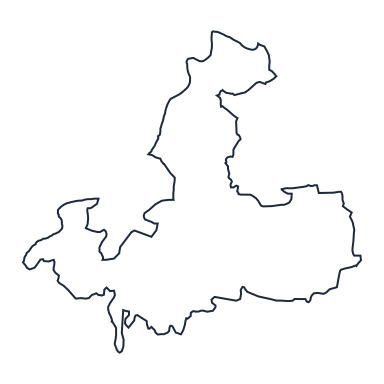 the district of El Mansora, Ad Daqahliyah, Egypt
{"feature_id": "37247803B83073428854351", "entity_name": "El Mansora", "entity_type": "district", "adm_level": 2, "iso_a3": "EGY", "parent_name": "Egypt", "parent_adm1": "Ad Daqahliyah", "projection": "orthographic", "projection_center": [31.42, 31.053], "detail": "fine", "context": "isolated", "style": "outline", "palette": "slate", "viewbox_px": 384, "rotation_deg": 0, "n_neighbors": 0, "source": "geoboundaries", "source_scale": "gbopen_adm2", "svg_char_len": 5923}
<svg xmlns="http://www.w3.org/2000/svg" viewBox="0 0 384 384"><path d="M119.6,352.6L121.8,351.3L123.4,346.4L123.6,339.6L121.8,332.9L123.2,310.1L125.9,311.0L129.0,311.5L129.0,315.0L125.4,319.0L125.0,323.5L126.7,325.8L128.5,327.6L134.2,320.5L134.7,317.3L135.6,315.5L137.3,315.1L146.6,321.0L147.0,324.6L148.3,328.6L149.2,328.7L150.5,327.8L151.4,326.9L154.9,330.5L155.4,332.3L157.6,334.5L161.6,334.1L163.8,334.2L167.3,332.8L169.1,331.1L169.5,327.9L170.0,326.1L170.9,325.7L172.2,326.2L172.6,326.6L175.7,332.5L181.0,334.3L183.2,330.3L185.0,324.5L185.4,321.3L186.3,318.2L187.6,318.7L190.7,316.0L190.8,312.9L192.5,311.5L193.4,311.1L195.6,311.6L198.3,311.6L200.9,310.7L203.6,310.7L207.1,311.7L212.8,310.8L215.5,307.3L215.5,305.5L212.0,302.7L211.5,299.6L214.6,296.9L236.2,300.7L240.2,299.0L241.1,293.6L240.7,290.0L242.5,286.9L244.2,287.3L245.1,289.1L247.3,291.8L258.3,296.4L262.3,297.3L271.1,299.2L276.4,300.6L281.3,300.6L288.3,301.1L292.7,300.7L294.5,299.0L305.5,299.1L306.9,301.7L308.6,302.2L309.5,301.3L310.4,300.0L310.8,297.7L311.7,295.5L313.9,293.3L317.5,292.9L323.6,293.8L326.3,292.5L329.0,289.8L330.3,289.0L332.5,288.5L336.9,287.2L339.2,274.7L340.0,271.1L340.9,269.8L344.9,268.5L351.1,267.2L356.0,265.4L356.4,265.9L358.6,262.8L361.0,260.3L360.4,255.6L354.2,255.6L353.3,254.2L352.5,251.1L352.5,248.4L353.4,241.2L353.9,232.7L354.3,230.0L352.6,222.0L349.9,216.6L351.7,212.5L346.9,209.3L342.9,206.2L343.8,203.5L342.5,199.9L342.5,195.4L341.6,192.7L341.0,191.8L339.0,191.8L333.3,192.7L318.8,193.0L317.0,185.4L314.5,185.2L312.5,186.0L310.8,186.0L308.2,185.1L306.6,186.2L304.3,186.7L292.3,188.3L286.2,188.2L281.6,189.2L281.7,189.6L284.3,191.8L287.9,193.7L291.7,193.7L291.4,199.1L289.2,202.6L286.5,203.9L284.3,204.8L281.2,204.8L272.0,206.1L263.1,206.4L260.9,205.5L258.3,201.0L256.1,198.3L253.0,196.1L250.4,194.7L240.3,194.6L239.4,194.2L238.6,194.2L238.1,192.4L237.2,191.5L238.1,186.5L236.8,185.6L235.4,186.1L233.7,187.4L231.0,187.4L230.6,185.6L230.6,184.2L231.9,181.6L231.1,179.8L228.9,178.0L228.4,177.1L229.3,173.5L228.0,169.0L228.0,166.3L225.4,163.1L226.3,162.3L226.3,161.4L225.8,160.0L226.3,158.7L227.6,157.3L230.7,156.5L232.5,156.9L233.4,154.7L233.4,149.8L234.3,148.0L236.0,145.3L238.7,140.9L240.5,139.4L240.5,138.6L240.0,137.3L239.1,135.5L238.7,135.0L237.4,134.6L236.5,132.8L236.5,130.5L236.1,121.3L237.5,118.1L236.6,117.6L233.9,115.7L227.3,109.9L224.7,108.1L222.5,106.2L221.1,106.8L220.7,104.4L220.8,100.0L219.9,97.7L217.0,95.5L219.5,94.6L219.5,93.7L220.8,91.0L222.1,90.6L222.6,90.1L223.0,90.6L226.1,92.8L231.8,93.8L232.6,93.6L234.4,95.1L242.4,93.0L245.0,92.5L248.6,89.9L256.5,82.8L259.6,81.9L265.4,84.0L266.1,82.4L267.9,81.9L270.1,81.0L273.6,78.8L276.3,76.2L275.8,75.7L274.9,74.4L271.9,71.2L269.2,69.8L269.2,66.2L269.7,61.3L268.8,55.0L267.1,51.4L264.4,46.5L259.6,44.7L258.1,43.5L257.9,45.1L257.3,46.8L256.6,47.9L255.3,49.0L254.1,49.5L252.5,49.8L251.0,49.6L248.8,49.0L246.6,48.3L244.4,47.2L241.9,45.3L239.9,43.0L237.1,41.5L233.3,39.6L229.5,37.0L228.0,36.7L226.4,36.1L225.2,35.5L223.8,34.6L218.5,32.3L216.6,31.8L214.2,31.7L213.6,31.4L212.9,31.4L212.3,31.8L211.9,32.5L211.5,38.6L211.9,43.5L211.9,47.9L211.2,51.1L210.6,55.0L210.1,55.6L208.2,57.5L205.9,59.4L203.6,60.9L202.3,61.2L200.9,61.3L199.5,61.1L196.3,59.5L193.3,57.9L188.2,58.8L187.3,60.0L186.7,61.2L186.6,62.3L186.8,63.2L187.2,64.2L187.3,67.3L187.6,70.0L187.8,71.0L188.9,74.5L189.8,76.1L190.1,77.7L190.0,81.7L189.7,83.0L189.1,84.6L188.2,86.4L186.9,88.1L182.3,92.2L179.3,94.4L171.3,98.5L170.4,99.2L169.6,100.2L169.0,101.5L167.5,104.3L165.8,109.3L165.3,111.4L165.1,113.3L164.0,115.9L162.9,121.1L161.9,123.6L161.2,126.2L160.4,128.6L160.4,131.4L159.8,134.8L159.0,135.6L158.3,135.8L158.1,136.1L158.1,137.0L158.3,138.5L158.2,138.7L156.2,142.2L154.6,146.0L151.6,150.2L151.6,150.8L151.4,151.4L150.9,151.9L149.5,152.9L148.4,154.3L151.4,154.9L152.7,155.4L155.3,157.2L158.0,158.1L160.3,158.6L161.5,161.3L163.7,164.0L164.1,164.0L170.3,173.0L174.8,177.7L174.7,178.4L174.6,181.1L173.7,186.9L173.7,190.1L173.3,193.2L173.3,198.6L173.6,199.9L168.0,199.9L161.8,200.7L155.6,204.2L149.0,210.0L144.6,213.1L143.7,215.8L144.1,217.6L145.0,219.4L149.4,221.2L151.1,221.7L154.2,223.5L157.7,223.5L156.4,230.2L151.4,236.8L134.4,230.5L131.3,232.3L120.2,247.0L119.3,251.9L119.3,253.2L114.0,258.6L106.1,259.8L102.7,259.8L103.0,259.4L103.0,257.1L101.2,253.1L99.5,251.7L99.5,247.3L102.1,241.9L106.1,236.6L106.6,234.3L105.7,231.2L104.0,229.8L100.0,232.0L97.3,232.0L91.6,230.6L85.8,228.2L87.2,225.2L87.7,223.9L87.7,223.0L88.1,218.9L88.1,217.2L87.7,213.6L87.3,211.3L87.3,209.5L87.7,208.2L90.4,208.2L92.1,207.3L97.0,203.8L98.5,198.7L95.4,198.6L93.0,198.8L91.0,199.2L88.9,199.1L86.6,199.3L84.2,199.8L82.3,200.5L78.3,200.7L76.4,201.0L71.6,202.0L67.6,203.1L65.8,203.7L63.9,204.7L62.1,205.9L60.4,207.3L58.1,209.8L57.9,211.3L57.9,212.9L57.9,213.6L58.7,214.6L58.7,215.5L58.9,216.7L59.9,217.6L60.8,218.6L61.4,219.7L61.8,220.8L61.9,224.2L62.3,225.2L62.4,226.4L62.2,228.0L61.7,229.0L58.5,232.3L57.2,232.6L56.0,233.4L54.4,233.9L52.7,234.7L51.9,235.5L50.0,236.3L48.0,237.7L45.5,238.6L44.3,238.7L43.3,238.6L41.3,240.0L40.1,240.4L38.6,240.7L37.3,241.5L35.8,243.1L35.6,243.6L35.6,244.3L33.8,245.2L32.2,246.5L31.5,247.3L30.7,248.6L29.1,250.9L26.6,253.1L26.1,254.8L24.7,256.9L24.3,258.2L24.1,259.7L23.8,261.0L23.7,261.4L23.0,262.3L25.8,265.8L27.1,268.0L29.8,269.4L34.6,267.7L38.6,262.3L40.4,259.6L43.1,259.2L43.9,261.0L48.4,261.5L53.7,259.8L54.5,262.0L54.1,266.0L53.6,267.8L53.6,270.1L55.4,272.8L58.9,275.5L58.5,278.2L57.6,280.8L59.3,283.1L63.7,285.8L68.1,289.9L75.6,298.5L76.9,298.5L80.5,298.1L85.8,298.6L88.8,298.1L91.9,295.0L96.4,293.3L98.6,295.1L100.8,295.1L101.7,295.6L103.0,295.1L103.9,294.7L104.3,290.6L104.3,289.7L106.5,287.5L110.1,291.1L114.0,290.7L114.9,294.8L114.0,297.4L110.0,303.2L108.2,306.8L108.2,309.5L109.1,313.1L110.9,316.7L112.2,320.7L111.7,321.6L112.6,322.1L116.1,327.9L116.1,335.1L115.6,339.1L114.7,343.6L114.7,344.0L116.9,349.9L118.2,351.7L119.6,352.6Z" fill="none" stroke="#1e293b" stroke-width="2"/></svg>